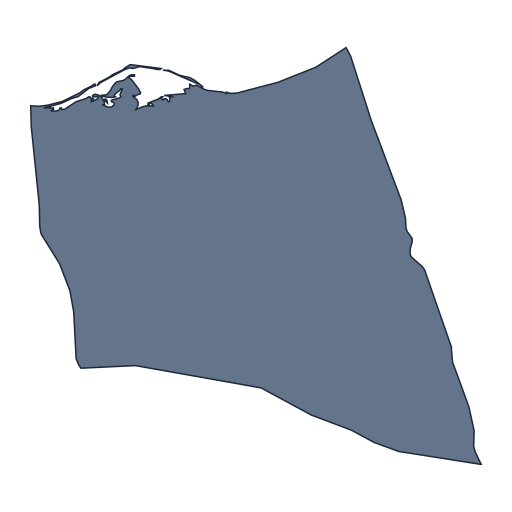 the border of Shamal Sina'
{"feature_id": "EGY-1558", "entity_name": "Shamal Sina'", "entity_type": "Governorate", "adm_level": 1, "iso_a3": "EGY", "parent_name": "Egypt", "parent_adm1": "", "projection": "mercator", "projection_center": [33.332, 30.402], "detail": "fine", "context": "isolated", "style": "filled", "palette": "slate", "viewbox_px": 512, "rotation_deg": 0, "n_neighbors": 0, "source": "natural_earth", "source_scale": "10m", "svg_char_len": 2904}
<svg xmlns="http://www.w3.org/2000/svg" viewBox="0 0 512 512"><path d="M355.5,71.3L357.5,77.6L365.3,101.8L371.5,121.2L379.1,141.2L389.1,167.9L401.2,200.0L405.5,218.2L406.0,227.6L407.1,231.5L410.3,235.8L412.2,238.6L412.2,241.7L410.3,248.6L410.0,252.6L410.4,255.2L411.8,257.4L422.5,266.8L424.7,270.1L431.2,288.9L442.9,322.5L450.5,344.4L451.0,345.7L451.4,347.1L451.5,348.4L451.4,349.8L452.6,362.2L461.3,385.9L469.0,407.3L474.1,430.6L473.7,446.3L475.1,451.7L479.6,461.1L481.3,464.3L481.0,464.4L398.8,451.5L374.2,442.5L351.4,430.2L311.4,415.1L261.0,387.9L135.3,365.6L81.0,368.2L79.5,366.1L77.8,363.0L76.1,358.2L73.7,311.9L69.9,290.7L59.5,263.6L41.4,234.5L41.1,233.6L40.4,230.6L39.7,225.9L39.3,205.5L31.2,126.0L30.7,106.1L30.7,105.8L31.1,105.9L39.8,106.2L48.0,105.1L62.7,101.3L80.2,92.6L83.6,90.0L91.7,85.9L93.9,84.2L95.3,84.2L95.3,85.9L89.0,88.3L78.0,96.7L71.6,98.5L60.8,103.5L43.9,107.9L53.5,107.9L53.5,109.5L50.6,111.0L56.7,111.0L59.0,110.1L60.2,107.9L61.4,107.9L61.6,109.2L62.2,109.5L63.1,109.3L64.2,109.5L76.3,101.6L86.5,98.4L88.5,96.8L89.8,96.8L90.6,98.0L93.4,98.7L92.7,99.9L91.2,100.1L91.2,101.6L93.3,100.9L98.0,98.5L98.0,96.8L92.6,96.8L92.6,95.4L95.2,94.2L98.6,95.1L101.6,97.3L103.5,100.1L103.9,101.3L104.4,103.6L104.7,104.8L102.0,104.8L108.5,107.2L111.6,107.0L114.2,104.8L114.2,103.1L112.4,102.0L111.4,101.6L111.4,100.1L119.0,98.1L120.9,96.8L120.0,95.0L120.4,93.4L121.4,91.4L122.3,88.9L120.9,88.9L119.7,90.5L115.6,93.6L114.9,94.5L114.3,95.2L114.3,95.9L115.6,96.8L112.9,97.4L108.5,97.3L103.8,96.6L100.6,95.4L106.6,94.8L110.0,91.2L112.4,86.6L115.6,82.6L117.9,81.5L122.8,80.6L125.1,79.5L128.9,75.9L131.2,74.8L134.5,74.8L134.5,76.3L129.0,76.3L129.0,77.8L131.5,79.6L138.6,88.9L140.7,92.8L139.9,94.1L137.4,94.7L134.5,96.8L134.3,96.2L134.3,95.6L134.0,95.2L133.0,95.4L133.0,96.8L136.4,99.1L138.1,102.0L138.0,105.6L135.9,109.5L142.9,106.6L146.6,105.8L149.2,106.2L150.5,105.9L151.5,105.9L153.2,106.2L153.2,104.8L150.5,103.1L149.2,103.1L149.2,104.8L148.0,104.8L148.0,103.1L158.4,99.0L161.3,96.8L162.8,96.8L161.3,98.5L162.8,100.1L164.2,98.8L165.8,98.6L167.2,99.6L168.0,101.6L169.5,101.6L169.7,99.7L169.6,97.4L169.3,97.0L172.2,96.8L170.3,95.8L168.3,96.0L166.5,95.8L164.2,95.4L185.7,93.6L184.0,89.5L186.6,88.6L189.7,88.4L189.7,84.2L191.8,85.3L192.5,85.9L193.8,85.9L196.5,85.2L204.3,89.3L208.0,90.5L222.4,92.0L226.2,93.6L226.2,92.1L230.7,93.4L237.3,93.0L277.9,82.3L315.9,67.2L345.7,47.8L346.1,47.6L350.8,56.5L352.0,60.3L355.5,71.3ZM125.1,67.7L130.2,64.6L161.3,68.5L160.1,69.5L157.6,69.5L151.5,68.3L145.6,67.5L139.8,66.6L133.0,68.5L129.8,67.8L124.7,69.6L100.9,82.4L96.8,85.9L99.1,82.4L103.6,80.1L107.5,78.1L109.9,76.6L112.5,74.7L122.8,69.9L125.1,67.7ZM183.7,76.3L189.6,77.5L194.9,80.4L203.4,87.3L199.1,84.4L168.4,71.0L162.8,70.1L168.9,70.3L179.1,75.1L183.7,76.3ZM105.4,101.2L104.7,100.1L103.6,100.0L105.1,99.0L106.3,99.3L107.0,100.7L107.5,103.1L105.4,101.2Z" fill="#64748b" stroke="#1e293b" stroke-width="1.5"/></svg>